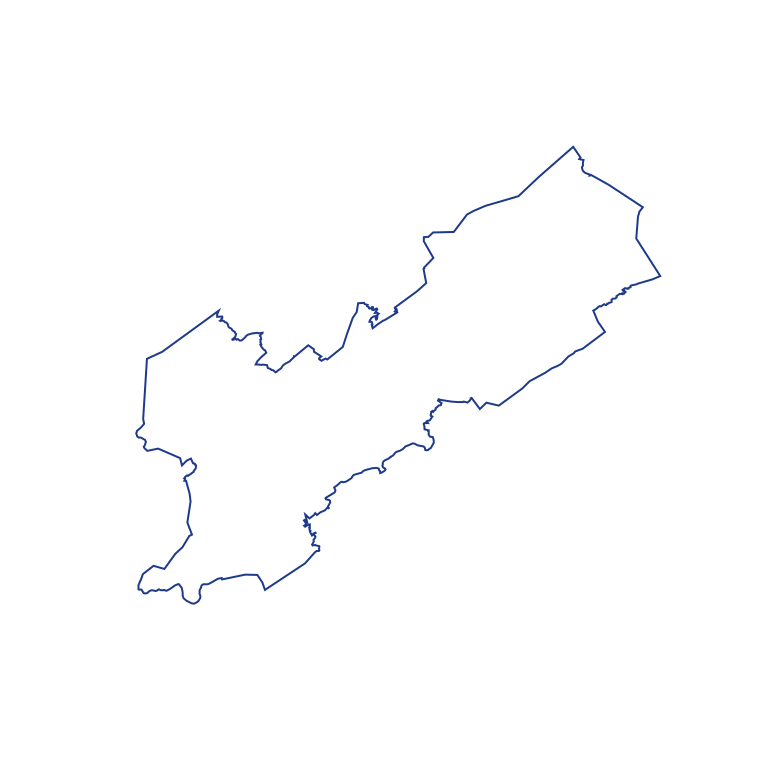 the district of Tamasopo, San Luis Potosí, Mexico, rotated 65°
{"feature_id": "50627088B81601149973315", "entity_name": "Tamasopo", "entity_type": "district", "adm_level": 2, "iso_a3": "MEX", "parent_name": "Mexico", "parent_adm1": "San Luis Potosí", "projection": "equal_earth", "projection_center": [-99.326, 21.931], "detail": "fine", "context": "isolated", "style": "outline", "palette": "blue", "viewbox_px": 768, "rotation_deg": 65, "n_neighbors": 0, "source": "geoboundaries", "source_scale": "gbopen_adm2", "svg_char_len": 6158}
<svg xmlns="http://www.w3.org/2000/svg" viewBox="0 0 768 768"><g transform="rotate(65 384 384)"><path d="M501.3,651.2L502.6,649.4L502.9,647.9L502.5,644.5L501.4,642.5L499.9,640.7L498.7,640.1L495.9,639.7L492.8,638.1L491.1,635.7L490.0,635.1L489.4,634.1L489.1,632.5L490.9,628.7L491.1,626.0L490.3,616.9L491.3,613.0L492.7,613.3L498.1,590.4L503.5,579.5L512.4,578.1L520.3,578.9L513.2,531.4L507.4,517.9L506.9,515.7L507.8,513.5L507.5,512.9L505.8,512.6L505.2,511.9L503.6,511.2L501.6,513.8L500.8,514.4L500.2,516.9L499.2,517.1L497.1,514.2L495.4,513.7L494.3,511.4L493.2,510.6L490.8,511.4L490.3,510.8L489.9,508.0L489.6,511.2L490.5,511.9L490.9,513.3L487.0,513.5L486.2,512.9L486.1,513.4L482.7,512.5L483.0,512.0L479.9,510.6L479.6,513.0L480.0,515.8L478.7,516.3L478.3,513.5L473.8,514.2L473.6,513.5L476.6,512.0L469.1,510.5L474.3,508.3L473.2,503.0L472.0,500.9L474.4,500.1L473.4,496.0L473.5,490.8L472.1,487.5L473.8,486.4L471.4,486.6L468.6,482.8L467.1,482.3L465.9,482.8L464.1,485.2L463.0,485.4L462.5,484.8L461.5,475.0L461.2,474.2L460.0,473.0L456.7,472.9L456.5,472.2L456.0,469.1L454.6,464.6L454.9,463.3L455.9,462.4L456.4,460.0L456.2,457.0L455.5,453.1L454.5,451.9L453.6,449.8L454.9,441.8L454.1,439.6L454.1,437.4L455.4,430.1L456.9,426.2L458.2,424.7L458.7,424.5L460.4,424.9L461.4,424.4L463.1,425.1L463.3,423.8L463.0,420.4L462.1,418.7L461.0,418.8L459.3,420.1L457.3,420.0L456.5,419.1L455.2,418.6L453.9,417.1L453.5,414.9L453.5,411.7L453.1,408.9L452.8,408.9L452.6,406.0L450.9,402.4L450.8,400.8L451.2,397.9L451.0,394.7L449.6,390.7L449.9,387.6L449.9,383.2L451.0,381.5L453.2,379.9L454.5,378.5L457.2,374.7L458.8,373.9L461.2,374.5L461.9,373.8L462.5,371.8L462.0,370.6L461.8,368.6L458.3,363.7L455.9,362.7L452.8,362.2L451.1,364.6L448.6,364.9L446.1,363.6L445.3,363.9L444.8,363.2L442.2,366.4L439.5,365.3L437.0,364.9L436.6,364.4L436.6,363.6L438.0,360.7L437.1,360.8L436.4,361.8L435.9,361.3L435.8,360.3L436.3,357.9L433.9,353.9L432.9,354.9L432.2,355.0L429.9,353.2L429.2,353.1L428.9,351.6L430.0,351.2L429.4,350.0L429.1,348.1L427.7,347.4L427.5,345.9L426.6,343.4L427.2,341.5L425.6,339.9L421.9,342.1L420.9,340.9L422.2,339.6L428.4,330.4L431.7,324.5L433.6,320.3L433.6,319.4L434.0,319.2L434.1,318.5L436.1,316.2L435.3,313.3L434.5,312.1L433.6,311.5L433.6,310.5L447.2,307.7L444.2,299.1L452.1,289.1L446.5,260.6L443.0,250.8L441.9,232.8L440.7,225.2L441.0,219.0L440.6,214.4L437.0,205.3L436.3,199.0L435.3,196.9L436.0,189.1L430.2,161.7L418.0,163.8L405.9,163.3L405.7,160.3L404.6,156.4L404.6,155.5L405.4,154.6L404.7,151.0L404.9,150.5L406.1,149.8L406.3,149.1L406.0,148.1L405.5,147.8L405.9,146.6L405.5,145.9L405.9,144.1L405.8,142.9L403.9,142.3L403.4,140.7L404.3,138.1L403.8,136.5L402.7,136.3L401.9,132.3L402.8,130.7L402.4,130.2L402.4,129.7L402.8,129.4L403.5,129.5L403.6,128.4L403.1,127.8L403.0,126.4L402.6,126.2L401.7,126.7L400.9,126.7L401.0,127.7L399.6,128.1L399.0,125.3L399.2,124.6L400.6,123.2L400.3,122.5L400.8,122.0L400.4,121.7L400.2,120.7L400.5,119.7L399.6,119.4L399.1,118.5L400.4,112.9L400.3,111.4L402.6,96.5L402.9,88.0L358.8,93.9L339.7,83.1L335.7,79.6L333.2,74.7L298.4,96.2L282.3,107.8L282.0,109.7L281.0,109.1L277.9,112.3L275.7,113.4L273.5,113.6L271.7,113.2L271.0,112.7L270.2,111.4L267.6,110.3L265.3,108.5L262.7,112.0L261.7,110.2L249.0,112.3L261.8,156.3L270.6,182.8L265.4,216.8L265.0,229.6L265.5,237.2L275.7,256.5L267.4,275.5L269.4,281.5L267.8,285.8L271.4,287.6L290.6,286.0L295.4,298.4L296.2,298.6L296.3,299.5L310.4,303.1L313.9,314.8L319.3,341.9L320.0,341.9L320.6,341.4L320.7,341.9L322.2,341.2L322.2,342.3L322.6,342.5L322.8,343.5L323.3,343.3L323.3,341.7L324.7,341.7L326.4,356.4L326.2,357.8L327.2,364.2L328.7,370.7L325.3,370.2L325.4,369.4L323.1,368.8L322.4,369.1L321.5,370.9L320.5,370.1L318.8,367.5L318.4,364.4L318.8,363.5L319.5,363.2L321.9,364.0L322.4,363.9L322.3,363.1L320.5,361.7L318.9,363.3L318.7,360.7L318.1,359.1L316.5,360.2L315.8,362.1L313.4,358.5L312.5,358.7L312.4,359.8L312.6,362.1L312.3,362.9L311.5,363.4L310.9,363.2L310.4,361.7L309.8,361.5L309.2,362.2L309.8,363.7L309.6,365.2L308.9,365.6L307.8,365.3L306.4,366.4L305.4,365.4L303.9,367.3L302.6,368.0L302.0,367.9L299.9,373.3L307.3,378.4L310.8,384.3L322.7,396.1L333.0,405.7L337.8,425.0L336.2,426.3L336.5,430.9L334.1,432.3L333.2,431.8L332.5,429.2L325.2,433.8L322.8,432.9L316.9,436.3L321.3,453.2L320.8,453.9L321.7,454.5L323.7,460.3L323.8,464.3L324.4,467.6L326.3,470.7L326.9,474.1L327.5,476.2L327.5,477.4L324.8,478.5L323.7,480.1L322.5,480.5L320.4,482.5L317.4,482.1L315.3,485.5L314.9,487.0L313.5,489.2L312.1,492.0L309.9,489.2L308.0,484.7L305.9,477.5L303.4,477.5L301.9,478.5L298.3,479.4L297.3,479.4L296.7,478.7L296.0,479.4L295.1,478.3L293.8,478.4L292.9,477.6L291.5,477.3L291.4,476.3L288.9,475.8L287.9,476.1L286.9,474.3L286.6,472.7L286.2,472.4L285.1,476.2L284.1,477.1L282.4,482.3L281.8,486.6L282.4,489.3L283.0,490.0L284.3,494.4L283.8,496.3L281.5,497.5L281.5,498.9L280.5,499.3L279.8,503.4L278.3,498.7L276.0,496.9L274.7,497.4L273.8,497.2L271.2,498.8L270.2,498.7L268.6,499.4L267.8,500.2L266.8,500.7L264.3,500.6L263.8,500.3L261.9,500.7L260.6,502.2L259.6,502.3L258.9,502.8L258.1,504.0L257.8,505.6L257.4,505.9L256.9,503.8L256.2,503.7L255.8,502.7L255.1,502.2L254.4,502.2L252.6,506.8L250.4,505.8L247.7,502.8L261.1,571.5L261.0,588.2L314.0,617.1L318.7,618.2L320.7,622.6L322.1,627.6L324.0,629.4L327.3,629.8L328.8,629.0L329.7,627.1L333.7,624.2L336.0,624.3L338.8,627.1L339.4,628.3L341.1,628.2L344.6,626.7L347.1,616.0L365.0,600.1L372.4,601.5L370.1,595.3L370.0,590.5L374.9,590.6L375.5,590.4L375.7,589.7L376.4,589.1L377.2,589.4L378.3,588.7L378.6,588.8L381.1,590.5L382.4,593.2L383.1,593.5L384.4,600.1L384.4,600.6L383.6,601.1L383.7,601.7L384.3,603.7L384.8,604.1L385.0,604.9L385.9,604.4L387.3,605.8L388.1,604.3L401.6,606.6L408.8,609.0L426.5,620.8L439.4,621.7L439.4,624.6L446.8,635.7L449.7,644.9L458.8,661.2L451.4,669.7L454.4,682.9L458.9,687.2L459.2,687.9L462.8,691.7L466.4,693.3L467.0,692.7L467.5,691.0L467.9,690.7L471.9,690.2L473.1,688.7L473.4,686.5L472.9,685.6L472.5,683.6L472.8,681.5L475.1,678.4L475.3,676.7L475.0,676.1L475.0,674.8L476.5,673.5L477.4,671.8L477.9,670.0L479.0,669.3L479.5,668.1L479.3,664.5L478.2,658.3L478.4,655.0L478.7,654.5L482.6,653.6L484.0,653.6L487.6,654.5L490.8,655.9L493.5,656.2L496.9,654.6L501.3,651.2Z" fill="none" stroke="#1e3a8a" stroke-width="2"/></g></svg>